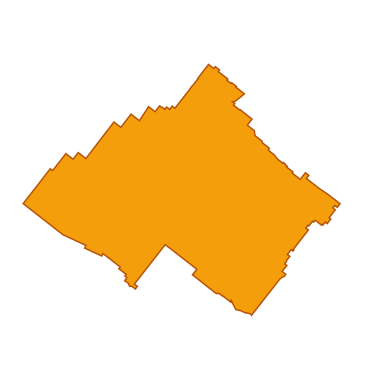 Bruce Rock, Western Australia, Australia (Mercator projection), rotated 218°
{"feature_id": "25037944B90464299025642", "entity_name": "Bruce Rock", "entity_type": "district", "adm_level": 2, "iso_a3": "AUS", "parent_name": "Australia", "parent_adm1": "Western Australia", "projection": "mercator", "projection_center": [117.956, -31.966], "detail": "fine", "context": "isolated", "style": "filled", "palette": "amber", "viewbox_px": 384, "rotation_deg": 218, "n_neighbors": 0, "source": "geoboundaries", "source_scale": "gbopen_adm2", "svg_char_len": 4832}
<svg xmlns="http://www.w3.org/2000/svg" viewBox="0 0 384 384"><g transform="rotate(218 192 192)"><path d="M69.1,131.5L69.2,132.2L69.2,134.1L69.2,135.4L69.2,138.5L69.2,140.8L69.2,142.0L69.2,143.5L69.2,146.5L69.2,147.3L69.2,150.9L69.2,152.3L69.2,157.3L69.2,160.7L69.2,161.4L69.2,162.1L69.2,163.2L69.2,164.5L69.2,165.4L69.2,167.7L69.2,170.0L69.2,170.7L69.2,174.5L69.2,175.6L69.2,176.0L69.2,176.6L69.2,176.9L69.2,177.1L69.2,177.3L69.2,177.5L69.1,177.9L68.9,178.5L68.5,180.0L68.1,181.1L68.1,181.3L68.0,181.5L67.9,181.6L67.6,181.8L67.4,182.0L67.4,184.9L67.5,184.9L68.2,184.9L70.7,184.9L72.1,184.9L72.1,185.8L72.1,186.9L72.1,187.0L72.1,187.5L72.1,187.8L72.1,188.0L72.0,188.5L72.0,192.5L74.7,192.5L74.7,192.8L74.7,194.6L74.7,195.3L74.8,195.5L75.0,195.8L75.2,196.0L75.3,196.1L75.3,197.1L75.3,197.9L75.3,198.4L75.3,199.2L75.3,200.0L75.3,201.5L78.4,201.5L78.4,207.6L76.1,207.6L76.1,209.2L76.9,209.2L76.9,209.3L76.9,221.9L76.9,233.7L80.1,233.7L80.1,237.3L79.0,237.3L79.0,243.1L77.6,243.1L77.6,245.6L75.2,245.6L69.6,245.6L69.6,246.6L68.5,246.6L68.5,250.3L66.0,250.3L66.0,256.1L68.1,256.1L68.1,261.1L68.1,263.2L68.1,266.2L70.0,266.2L71.2,266.2L71.2,269.3L68.1,269.3L68.1,270.8L68.2,273.9L72.1,273.9L80.7,273.8L82.1,273.9L93.7,273.1L107.9,273.1L108.3,273.1L109.0,273.0L110.2,273.0L110.2,274.4L110.2,277.0L114.5,277.0L114.5,268.6L124.8,268.6L124.8,269.9L130.0,269.9L132.8,269.9L132.8,270.9L135.6,270.9L135.6,271.4L138.3,271.4L138.3,270.6L141.5,270.6L144.9,270.6L147.7,271.3L148.2,271.4L148.6,271.5L148.8,271.6L149.1,271.7L149.5,271.8L156.3,271.9L156.5,271.9L156.8,272.0L157.0,272.1L157.3,272.2L157.4,272.3L157.5,272.4L157.6,272.6L157.8,272.9L157.9,273.0L157.9,273.3L158.0,273.5L158.0,273.8L158.0,274.1L167.1,274.1L167.3,274.2L167.5,274.3L167.6,274.5L167.8,274.8L167.9,275.0L168.0,275.1L168.3,275.2L176.8,275.2L177.0,275.2L177.1,275.3L177.7,275.9L179.6,277.7L180.6,278.7L184.1,278.7L189.5,278.7L189.6,286.4L204.7,286.5L204.7,286.0L212.8,286.0L212.8,288.0L215.6,288.0L213.7,290.4L211.2,301.2L211.2,301.6L219.1,301.6L222.0,301.6L222.0,302.5L228.0,302.5L228.0,301.6L233.4,301.6L233.4,303.1L234.5,303.1L245.4,303.0L245.5,305.1L250.9,305.1L250.9,302.7L257.5,302.7L257.4,285.1L257.0,285.1L257.0,280.4L257.0,278.6L257.2,273.2L257.0,272.7L257.0,247.5L260.5,247.5L260.5,247.3L260.5,243.3L264.3,243.3L264.4,240.1L264.5,240.1L265.1,240.4L265.3,240.4L268.0,240.3L269.1,240.0L270.5,240.0L270.6,237.5L270.5,234.0L270.5,233.9L270.5,232.6L278.8,232.5L278.2,226.5L277.6,218.2L277.2,215.8L288.0,215.8L288.0,215.4L287.9,205.3L287.9,203.9L287.9,203.0L287.9,200.5L287.9,200.3L287.9,200.2L287.9,199.1L289.5,199.1L289.9,199.1L291.1,199.1L291.8,199.1L292.5,199.1L295.4,199.1L296.6,199.1L296.4,172.7L296.2,153.1L296.3,153.0L297.8,153.0L299.4,153.0L300.9,153.0L305.2,153.0L305.9,153.0L305.9,144.6L315.0,144.6L315.0,142.2L315.0,140.0L315.0,136.5L315.0,131.6L315.0,130.8L315.0,129.2L315.0,127.1L315.0,124.5L315.0,123.1L316.2,123.1L318.0,123.1L318.0,114.3L317.9,105.7L317.9,87.8L317.9,78.9L304.9,78.9L292.1,78.9L285.6,78.9L267.3,78.9L267.2,78.9L242.8,84.6L242.7,84.6L242.0,81.7L223.7,86.0L224.3,88.7L222.9,88.7L220.6,88.7L216.5,88.7L212.3,88.7L207.3,88.7L205.2,88.7L202.4,88.7L202.4,86.5L193.2,86.5L193.2,84.5L191.6,84.5L190.6,84.4L190.5,84.0L190.5,83.9L190.5,83.7L190.5,81.6L190.5,81.3L190.4,81.0L190.4,80.6L189.9,80.6L189.7,80.7L189.4,80.7L189.2,80.7L188.8,80.8L188.6,80.8L188.3,80.8L188.2,80.8L187.8,80.8L187.6,80.8L187.3,80.8L187.1,80.9L186.8,80.9L186.5,80.9L186.3,80.9L186.2,80.9L185.8,80.9L185.7,80.9L185.6,80.7L185.4,80.5L185.1,80.4L184.9,80.3L184.8,80.2L184.6,80.1L184.3,80.0L184.2,79.9L183.9,79.7L183.7,79.6L183.4,79.5L183.2,79.4L182.8,79.5L182.7,79.6L182.5,79.8L182.3,79.9L182.2,80.0L181.8,80.2L181.7,80.3L181.4,80.6L181.2,80.7L180.8,80.7L180.4,80.7L180.2,80.7L176.9,80.7L177.0,84.0L180.7,84.0L180.7,90.8L180.7,108.0L180.7,108.4L180.7,109.2L180.7,110.8L180.7,112.0L180.7,114.8L180.7,115.6L180.7,116.8L180.7,118.7L180.7,119.8L180.7,120.1L180.7,123.2L180.7,124.0L180.7,126.1L180.7,126.7L180.7,129.1L180.7,131.8L180.7,134.0L170.3,134.1L170.1,134.1L167.2,134.1L166.8,134.1L165.9,134.1L164.8,134.1L163.4,134.1L160.3,134.1L157.4,134.1L156.9,134.1L155.8,134.1L155.1,134.1L154.2,134.1L153.1,134.1L151.7,134.1L150.3,134.1L149.4,134.1L147.9,134.1L146.2,134.1L143.6,134.1L143.2,134.1L141.8,134.1L140.6,134.1L140.6,133.9L140.6,132.7L140.6,130.8L140.6,130.4L140.6,129.6L140.6,129.0L140.6,128.5L140.6,128.4L140.5,128.2L140.6,127.9L140.6,127.0L123.6,127.0L123.6,126.9L123.1,126.9L121.9,126.9L120.6,126.9L116.9,126.9L115.6,126.9L112.2,126.9L111.1,126.9L110.6,126.9L110.3,126.9L110.2,127.0L109.8,127.3L109.5,127.6L109.1,127.9L108.9,128.1L108.7,128.2L108.5,128.4L108.5,128.5L108.4,128.5L108.3,128.8L104.0,128.7L104.0,129.1L93.7,129.1L94.3,130.7L93.1,130.1L85.1,126.3L80.5,128.5L75.4,129.6L73.3,131.1L70.5,131.9L69.1,131.5Z" fill="#f59e0b" stroke="#b45309" stroke-width="1.5"/></g></svg>